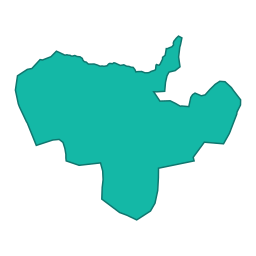 outline of Nkanu West, Enugu, Nigeria
{"feature_id": "59680162B79793295224635", "entity_name": "Nkanu West", "entity_type": "district", "adm_level": 2, "iso_a3": "NGA", "parent_name": "Nigeria", "parent_adm1": "Enugu", "projection": "orthographic", "projection_center": [7.539, 6.306], "detail": "fine", "context": "isolated", "style": "filled", "palette": "teal", "viewbox_px": 256, "rotation_deg": 0, "n_neighbors": 0, "source": "geoboundaries", "source_scale": "gbopen_adm2", "svg_char_len": 1748}
<svg xmlns="http://www.w3.org/2000/svg" viewBox="0 0 256 256"><path d="M56.4,51.2L51.0,56.7L42.5,60.0L40.1,59.6L31.9,68.5L27.3,69.4L17.5,75.8L15.4,90.1L18.3,103.8L19.5,107.0L26.5,121.8L27.2,122.8L36.3,145.4L52.8,140.0L59.2,139.4L63.0,142.4L64.9,148.5L65.9,154.4L65.9,158.0L66.2,160.9L79.1,165.3L100.5,162.9L102.7,171.0L103.1,179.7L102.4,185.8L102.2,187.3L101.8,199.1L119.6,212.5L126.6,215.1L136.7,219.9L150.5,211.0L155.0,203.2L157.7,190.6L158.4,177.8L158.5,168.2L194.1,160.9L193.2,157.3L204.3,142.2L223.5,143.8L223.7,143.5L229.2,133.7L229.5,133.0L230.5,130.6L230.6,130.2L236.7,114.3L236.7,114.2L237.0,112.1L237.9,110.2L238.1,109.8L240.5,105.0L240.6,99.8L233.5,90.6L231.4,87.6L225.0,81.7L219.8,81.3L215.2,84.3L210.0,89.4L205.1,94.9L201.3,95.8L195.0,93.1L192.6,94.7L190.8,97.4L188.8,106.6L187.3,106.5L181.6,106.0L180.5,106.3L178.0,104.9L175.6,103.5L170.2,100.8L159.9,101.1L153.7,91.8L156.8,91.8L164.7,91.3L165.5,82.3L167.0,75.8L169.0,72.1L175.2,70.6L180.0,66.8L178.6,57.0L179.8,47.0L180.4,45.2L181.9,37.9L178.5,36.1L176.3,38.2L173.9,41.2L173.3,43.0L173.5,45.0L171.9,46.8L169.5,47.7L167.2,48.7L166.3,48.6L165.7,52.3L165.1,55.4L162.6,57.3L162.5,59.2L160.2,63.9L159.3,65.1L158.0,65.1L156.6,64.5L156.0,65.1L155.9,66.4L155.6,69.2L154.9,70.2L151.1,71.4L149.3,72.5L147.6,72.8L144.9,72.8L141.7,71.5L137.6,71.6L135.9,71.9L134.9,69.6L133.2,67.4L131.0,67.2L129.0,66.4L126.6,66.2L123.8,64.8L121.2,65.3L120.2,65.4L115.2,63.1L113.9,62.8L112.5,63.7L109.8,63.4L108.6,64.0L107.0,65.8L104.0,66.3L102.2,66.0L100.0,66.2L97.3,65.0L94.1,64.0L90.7,64.1L88.4,64.1L86.2,62.1L84.3,61.7L82.9,60.2L82.3,58.4L80.0,56.8L77.0,56.5L74.8,55.5L72.5,56.1L71.2,56.0L70.1,55.3L68.5,55.2L66.9,54.8L64.9,55.2L58.7,52.2L56.4,51.2Z" fill="#14b8a6" stroke="#0f766e" stroke-width="1.5"/></svg>